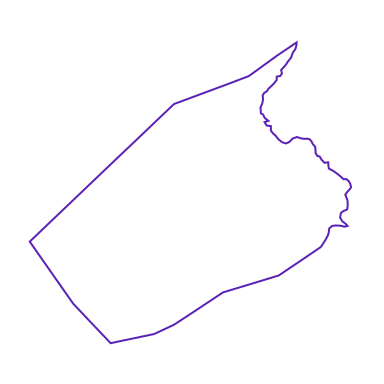 Barra de Santa Rosa, Paraíba, Brazil, rotated 4°
{"feature_id": "56859067B56104642603806", "entity_name": "Barra de Santa Rosa", "entity_type": "district", "adm_level": 2, "iso_a3": "BRA", "parent_name": "Brazil", "parent_adm1": "Paraíba", "projection": "orthographic", "projection_center": [-35.977, -6.767], "detail": "fine", "context": "isolated", "style": "outline", "palette": "violet", "viewbox_px": 384, "rotation_deg": 4, "n_neighbors": 0, "source": "geoboundaries", "source_scale": "gbopen_adm2", "svg_char_len": 1408}
<svg xmlns="http://www.w3.org/2000/svg" viewBox="0 0 384 384"><g transform="rotate(4 192 192)"><path d="M349.5,215.0L347.3,212.9L344.0,210.7L341.5,207.2L342.0,202.6L344.1,200.6L348.0,198.6L348.3,194.6L347.7,189.5L345.1,183.9L347.3,180.4L348.9,178.6L350.4,176.3L349.3,172.8L347.7,170.3L345.0,168.4L342.1,168.6L339.6,166.5L336.7,164.4L331.8,161.3L326.9,159.1L326.3,156.6L325.8,152.9L322.1,153.6L319.1,150.9L316.9,147.7L314.5,147.3L312.5,144.4L312.3,141.2L311.6,138.1L309.1,135.7L307.7,133.2L305.5,131.1L302.8,130.8L299.8,131.2L296.6,130.8L292.8,129.8L288.5,131.8L285.5,135.4L282.3,137.0L278.5,136.1L274.3,133.2L271.2,129.7L268.4,127.6L266.4,125.2L266.1,120.8L261.9,120.5L259.5,117.2L263.2,115.7L259.3,113.0L257.6,109.9L255.2,108.7L254.9,106.1L254.4,103.0L255.9,99.0L256.4,94.3L255.7,90.9L257.0,88.2L259.8,86.1L261.0,83.7L263.3,81.3L266.3,77.9L268.7,74.2L268.5,71.0L272.0,70.0L273.5,67.4L272.4,64.1L274.9,60.9L276.6,58.7L278.5,55.3L281.5,50.9L282.9,45.9L285.1,42.3L285.9,38.7L285.9,35.5L267.5,49.9L240.6,72.4L221.6,81.2L167.9,105.5L128.7,148.5L116.2,162.1L33.6,252.8L61.0,286.7L81.2,311.6L98.1,327.2L121.4,348.5L134.9,344.6L163.9,336.4L183.1,325.8L199.2,313.6L229.9,290.0L239.9,286.2L284.4,269.2L314.2,245.9L324.3,237.9L326.3,234.5L328.3,230.9L330.6,225.7L331.2,223.0L331.5,218.7L334.2,216.1L337.3,215.4L339.8,215.3L343.0,215.3L346.4,216.0L349.5,215.0Z" fill="none" stroke="#5b21b6" stroke-width="2"/></g></svg>